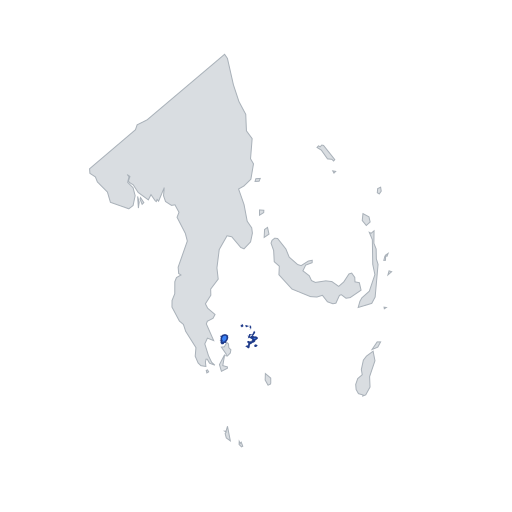 location of Kiriwina-Goodenough District, Milne Bay, Papua New Guinea, rotated 50°
{"feature_id": "67681753B57057490318375", "entity_name": "Kiriwina-Goodenough District", "entity_type": "district", "adm_level": 2, "iso_a3": "PNG", "parent_name": "Papua New Guinea", "parent_adm1": "Milne Bay", "projection": "natural_earth1", "projection_center": [150.66, -8.912], "detail": "fine", "context": "in_parent", "style": "filled", "palette": "blue", "viewbox_px": 512, "rotation_deg": 50, "n_neighbors": 0, "source": "geoboundaries", "source_scale": "gbopen_adm2", "svg_char_len": 8214}
<svg xmlns="http://www.w3.org/2000/svg" viewBox="0 0 512 512"><g transform="rotate(50 256 256)"><path d="M82.2,327.4L81.8,267.2L79.1,262.7L81.7,252.0L81.3,150.4L86.3,150.9L110.4,163.3L126.7,169.8L140.9,172.8L154.0,182.9L163.6,183.5L178.0,197.7L183.8,198.7L193.9,210.6L194.6,220.2L193.5,226.3L208.9,232.1L223.7,240.4L231.7,241.2L236.2,244.1L241.7,251.1L242.8,260.6L239.6,262.2L225.7,262.2L221.9,265.2L227.4,280.0L240.0,293.6L249.4,299.8L252.2,312.0L257.0,315.8L260.1,325.5L265.0,326.6L274.5,325.0L276.1,329.0L274.7,335.2L276.1,337.7L293.6,342.8L287.7,346.0L290.4,351.7L301.8,356.5L308.9,358.3L313.2,357.7L308.2,360.5L303.7,359.7L302.9,360.6L304.7,362.9L308.4,365.4L304.6,368.7L300.8,369.1L293.7,367.0L287.6,360.9L268.5,358.3L261.8,355.6L256.6,356.5L241.1,353.2L236.1,348.9L232.7,342.5L223.5,334.7L221.4,330.8L222.3,325.7L219.7,326.5L214.5,322.8L200.4,299.0L193.3,295.6L175.6,291.6L173.0,286.9L164.7,285.2L162.9,288.2L156.1,290.3L150.4,288.1L144.6,282.3L151.4,295.4L149.1,295.4L150.2,297.4L148.9,297.7L141.5,297.0L143.8,302.4L131.6,305.4L122.6,304.3L118.3,305.7L116.5,305.5L114.1,301.5L110.8,302.3L113.6,302.3L117.1,307.0L124.7,306.3L132.1,309.8L138.3,317.7L138.1,323.1L121.3,333.0L111.5,328.7L97.3,329.9L92.2,328.2L85.9,330.1L82.2,327.4ZM335.9,194.1L339.4,196.8L342.9,194.0L349.7,197.5L348.4,210.6L346.2,214.2L340.5,215.5L339.8,217.4L343.5,225.1L342.0,227.8L337.0,230.7L328.8,230.4L326.6,235.7L322.1,240.4L304.4,249.7L285.1,250.5L278.8,244.7L272.1,245.7L263.2,239.0L255.8,236.2L254.3,233.6L254.4,230.2L256.5,228.2L269.8,228.6L278.2,231.3L289.3,229.6L292.4,227.6L293.5,219.2L295.4,215.7L297.2,217.3L294.9,223.8L297.5,229.6L305.4,227.9L310.5,229.3L314.4,227.5L319.9,218.5L324.4,214.3L332.4,212.2L332.3,205.5L329.5,196.3L330.6,193.7L335.9,194.1ZM432.9,261.2L431.9,264.2L431.3,263.3L427.3,266.0L422.6,265.1L418.5,262.2L415.3,256.9L415.2,250.9L410.7,248.3L404.8,240.7L403.7,235.7L404.2,227.5L412.7,232.2L421.4,246.5L429.7,252.9L432.9,261.2ZM366.7,197.8L361.1,210.8L357.5,205.5L356.1,201.8L355.8,191.8L346.7,176.9L337.4,171.9L318.3,156.4L310.7,154.0L312.6,153.2L312.6,149.4L322.0,157.5L327.9,159.5L335.6,165.7L340.9,167.9L364.0,191.1L366.7,197.8ZM214.7,133.2L232.8,133.7L233.1,135.5L230.7,135.7L227.6,138.8L216.9,137.9L212.1,139.5L211.8,137.3L213.6,136.7L213.3,134.3L214.7,133.2ZM305.6,333.6L308.9,335.8L311.7,335.5L313.8,338.1L314.2,342.3L313.0,343.2L312.2,341.9L303.5,341.1L305.2,338.7L303.5,333.9L305.6,333.6ZM303.5,151.9L297.1,151.8L292.3,146.8L298.6,144.3L303.3,146.7L303.5,151.9ZM318.6,351.9L322.6,349.2L323.6,350.1L322.1,356.6L315.7,353.8L311.4,343.4L318.6,351.9ZM352.1,324.4L359.0,323.2L362.4,326.0L363.4,327.1L362.7,329.8L356.9,328.7L352.1,324.4ZM368.1,387.3L381.1,394.5L376.3,395.7L372.2,393.8L371.7,392.0L370.0,392.6L370.9,391.4L368.1,387.3ZM247.0,237.8L241.2,232.4L241.5,228.8L247.6,232.0L247.0,237.8ZM301.4,337.6L299.7,337.7L295.9,334.0L298.2,329.7L300.8,331.3L301.4,337.6ZM402.2,227.2L399.7,218.4L401.9,215.8L404.1,221.3L402.2,227.2ZM227.0,227.1L223.0,223.7L226.0,220.6L227.7,222.2L227.0,227.1ZM287.7,121.7L285.5,122.4L282.6,119.5L283.4,116.3L286.8,118.4L287.7,121.7ZM200.7,205.6L198.3,208.8L196.7,206.4L199.3,202.9L200.7,205.6ZM319.4,308.3L319.6,318.8L317.8,316.7L318.6,312.4L316.8,311.2L319.4,308.3ZM139.8,311.0L143.7,315.3L134.3,308.4L139.8,311.0ZM143.2,310.0L138.0,308.3L137.0,306.9L143.0,307.6L143.2,310.0ZM393.2,388.4L392.9,389.8L389.5,390.1L387.2,388.0L389.4,388.5L389.1,387.0L393.2,388.4ZM355.2,162.2L355.3,167.1L352.9,163.6L355.2,162.2ZM342.5,159.6L341.5,160.9L339.1,157.5L339.6,156.9L342.5,159.6ZM314.3,366.7L314.0,368.8L311.7,367.7L312.0,366.4L314.3,366.7ZM340.4,155.9L338.6,156.4L338.9,153.1L340.4,155.9ZM242.4,140.6L242.6,143.0L240.1,142.5L242.4,140.6ZM379.2,189.3L378.9,191.6L377.5,190.8L379.2,189.3Z" fill="#d9dde1" stroke="#a8b0b8" stroke-width="1"/><path d="M298.7,329.5L298.4,329.6L298.2,329.5L297.8,329.6L297.5,329.8L297.2,330.0L296.9,330.1L296.6,330.5L296.3,330.8L296.2,330.9L296.0,331.2L296.0,331.6L295.9,331.7L295.8,332.1L295.7,332.2L295.7,332.3L295.5,332.6L295.6,332.8L295.5,333.2L295.5,333.3L295.8,333.6L295.8,333.8L295.8,334.1L295.7,334.2L296.0,334.2L296.2,334.3L296.2,334.5L296.3,334.8L296.4,335.0L296.5,335.1L297.0,335.8L297.2,336.0L297.4,336.0L297.8,336.4L298.2,336.5L298.4,336.4L298.9,336.5L299.0,336.5L299.2,336.9L299.2,337.2L299.1,337.3L299.3,337.3L299.5,337.5L299.8,337.6L300.1,337.8L300.3,337.7L300.3,337.8L300.2,338.0L300.3,338.0L300.4,338.3L300.6,338.3L300.8,338.2L300.9,338.3L301.0,338.3L301.3,338.3L301.4,338.1L301.4,337.9L301.5,337.8L301.5,337.7L301.6,337.4L301.8,337.3L301.8,337.1L301.7,336.9L301.4,337.0L301.3,336.9L301.2,337.0L301.1,336.8L301.1,336.7L301.4,336.4L301.4,335.9L301.6,335.6L301.8,335.5L302.2,334.8L302.3,334.8L302.3,334.7L302.1,334.6L302.0,334.4L301.9,334.3L301.7,334.2L301.8,333.9L301.8,333.7L301.6,333.3L301.6,332.9L301.5,332.6L301.4,332.4L301.3,332.2L301.1,331.5L300.9,331.3L300.7,330.9L300.5,330.7L300.4,330.8L300.3,330.7L300.2,330.7L299.8,330.3L299.8,330.1L299.7,330.1L299.3,329.8L299.2,329.9L298.9,329.8L298.7,329.7L298.7,329.5ZM319.6,307.9L319.3,307.9L319.2,307.9L319.0,308.0L318.9,308.0L318.6,308.0L318.4,308.1L318.1,308.3L318.0,308.5L317.9,308.5L317.6,308.7L317.5,308.8L317.4,309.0L317.2,309.2L317.2,309.3L317.1,309.7L317.0,310.0L316.9,310.1L316.8,310.4L316.6,310.6L316.6,310.8L316.5,311.4L316.6,311.6L316.8,311.7L317.1,311.7L317.0,311.8L317.3,311.9L317.9,311.9L318.0,311.9L318.4,311.8L318.6,311.7L318.7,311.9L318.8,311.9L319.0,311.8L318.9,311.9L319.0,312.1L318.9,312.1L319.1,312.3L319.2,312.6L319.3,312.8L319.5,312.8L319.8,313.0L319.6,313.6L319.5,313.8L319.3,314.0L319.2,314.3L319.2,314.6L318.9,315.1L318.8,315.4L318.6,315.5L318.4,315.7L318.2,315.9L318.1,316.1L318.1,316.3L317.7,316.7L317.8,316.9L317.8,317.0L318.1,317.3L318.3,317.4L318.6,317.6L318.9,317.8L319.5,318.6L319.8,318.6L319.7,318.5L319.5,318.1L319.2,317.8L319.1,317.7L319.1,317.2L319.2,316.6L319.3,316.4L319.5,315.8L319.5,315.2L319.5,314.8L319.5,314.6L319.5,314.1L319.7,313.8L319.8,313.7L320.1,313.2L320.1,312.9L320.2,312.4L320.1,312.1L320.1,311.8L320.1,311.7L319.5,311.2L319.3,311.1L319.2,310.7L319.3,310.6L319.5,310.4L319.6,310.0L319.7,309.5L319.6,309.3L319.6,309.2L319.7,308.4L319.7,308.1L319.6,307.9ZM315.9,311.8L316.1,311.2L316.0,310.4L315.8,310.0L315.7,310.0L315.1,310.3L315.1,310.5L314.9,310.8L314.9,311.0L314.9,311.3L315.2,311.7L315.0,312.0L314.9,312.2L314.8,312.5L315.0,312.6L315.6,312.3L315.9,312.1L316.0,312.1L316.0,311.9L315.9,311.8L315.9,311.7L315.9,311.8ZM324.6,314.6L324.9,314.3L325.0,314.0L325.0,313.6L325.0,313.3L325.0,313.1L324.8,313.1L324.6,313.3L324.2,313.7L323.9,313.8L323.9,314.1L324.0,314.3L324.2,314.6L324.5,314.6L324.6,314.6ZM321.3,320.3L320.9,319.7L320.6,319.5L320.2,319.2L320.1,318.9L319.8,318.7L319.8,318.8L320.0,319.1L320.3,319.6L320.6,319.9L320.7,320.0L320.7,320.3L320.4,320.5L320.4,320.4L319.8,320.4L319.5,320.5L319.3,320.7L319.3,320.8L319.5,320.6L319.9,320.6L320.0,320.5L320.3,320.7L320.5,320.8L321.0,320.8L321.2,320.7L321.3,320.6L321.3,320.3ZM319.0,313.4L319.0,312.9L318.8,312.4L318.8,312.5L318.9,313.0L318.9,313.3L319.0,313.4ZM313.9,307.7L313.9,307.3L313.8,307.2L313.6,306.7L313.5,306.4L313.4,306.2L313.1,305.8L313.3,306.2L313.3,306.3L313.3,306.6L313.5,306.7L313.5,306.9L313.6,307.0L313.7,307.3L313.9,307.7L313.9,307.7ZM316.8,317.4L317.1,316.8L317.1,316.7L317.4,316.3L317.1,316.7L316.7,317.0L316.7,317.4L316.8,317.4ZM313.7,313.5L313.7,313.2L313.2,313.0L313.1,312.8L313.1,313.0L313.5,313.2L313.6,313.4L313.6,313.5L313.7,313.5ZM300.3,311.3L300.4,311.2L300.2,311.1L300.2,311.3L300.3,311.3ZM314.2,308.6L314.2,308.3L314.0,308.0L314.1,308.5L314.2,308.6ZM312.9,312.5L312.9,312.4L312.7,312.2L312.8,312.4L312.9,312.5ZM314.0,309.8L314.0,309.7L313.9,309.4L313.9,309.5L314.0,309.8L314.0,309.8ZM307.1,306.1L306.8,305.8L306.7,305.8L306.8,305.9L306.9,306.1L307.1,306.1ZM312.7,305.7L312.4,305.6L312.7,305.7ZM308.5,307.7L308.4,307.6L308.5,307.7ZM314.0,314.3L313.6,314.3L314.0,314.3ZM303.6,308.4L303.7,308.2L303.5,308.3L303.6,308.4ZM312.4,311.5L312.5,311.6L312.5,311.4L312.4,311.5ZM299.8,312.3L300.0,312.2L299.9,312.2L299.8,312.3ZM303.9,308.3L303.9,308.2L303.8,308.3L303.9,308.3ZM311.6,313.8L311.7,313.7L311.6,313.8ZM300.9,312.0L300.9,311.9L300.8,312.0L300.9,312.0ZM298.8,311.1L298.7,311.1L298.8,311.1Z" fill="#3b82f6" stroke="#1e3a8a" stroke-width="1.5"/></g></svg>